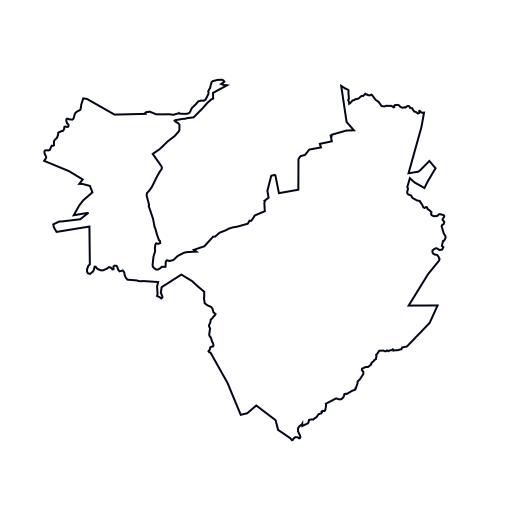 Angel Albino Corzo, Chiapas, Mexico (Albers equal-area conic projection), rotated 169°
{"feature_id": "50627088B21044766508397", "entity_name": "Angel Albino Corzo", "entity_type": "district", "adm_level": 2, "iso_a3": "MEX", "parent_name": "Mexico", "parent_adm1": "Chiapas", "projection": "albers", "projection_center": [-92.692, 15.759], "detail": "fine", "context": "isolated", "style": "outline", "palette": "ink", "viewbox_px": 512, "rotation_deg": 169, "n_neighbors": 0, "source": "geoboundaries", "source_scale": "gbopen_adm2", "svg_char_len": 6027}
<svg xmlns="http://www.w3.org/2000/svg" viewBox="0 0 512 512"><g transform="rotate(169 256 256)"><path d="M308.2,136.9L301.3,103.0L294.6,103.3L284.3,109.2L268.1,91.1L267.5,81.1L257.3,70.8L255.8,68.3L254.7,68.6L254.1,69.5L251.8,70.7L249.4,69.9L248.6,68.8L247.6,68.8L247.0,69.8L247.1,71.6L248.2,75.8L247.7,78.8L245.7,80.7L243.1,81.9L242.6,82.5L243.0,80.3L236.8,81.9L236.1,82.9L235.3,84.9L232.7,85.0L231.0,84.5L229.3,85.6L227.6,86.1L224.5,88.9L222.3,89.0L221.4,89.5L221.1,90.0L221.3,90.8L220.1,91.3L218.3,90.7L217.5,91.4L215.7,95.9L215.7,97.6L215.2,97.8L204.6,100.9L201.4,99.3L199.6,99.2L198.2,99.9L197.1,100.8L195.7,102.9L195.7,103.4L195.2,103.6L193.9,103.7L193.3,103.2L187.5,105.3L184.2,105.8L183.7,106.4L183.8,107.1L183.1,107.3L180.7,111.5L180.1,113.5L177.8,114.9L173.2,119.6L172.7,121.8L173.9,123.7L173.4,125.1L169.7,126.1L167.1,125.7L163.9,127.4L164.0,127.7L162.6,129.3L160.6,130.3L160.0,131.1L157.8,132.0L157.6,133.2L156.9,134.4L156.9,136.1L155.9,136.7L153.0,139.5L148.8,138.8L148.1,138.1L146.8,137.7L145.4,138.3L144.3,137.3L142.6,137.8L140.7,137.7L139.5,138.3L138.9,137.4L139.0,136.9L137.1,136.9L135.3,136.5L131.0,136.8L130.0,138.3L125.1,138.4L98.3,157.2L87.2,172.8L115.6,178.2L90.4,205.5L77.1,216.6L76.4,218.2L76.8,218.7L76.8,220.0L78.0,222.5L80.2,223.3L81.6,224.4L82.1,226.2L81.6,227.9L79.6,228.9L78.1,229.2L77.0,229.0L74.6,226.8L72.0,226.8L70.4,229.0L71.6,230.4L69.9,234.3L69.4,235.2L68.7,235.1L68.0,235.6L66.6,237.4L66.2,239.3L67.4,242.3L68.1,249.6L67.8,250.6L65.8,251.5L64.8,253.0L64.7,253.6L66.0,256.0L65.2,257.3L64.1,258.2L63.6,259.1L63.7,259.8L64.5,260.6L67.6,262.0L68.5,262.0L70.2,260.8L71.9,260.8L74.0,261.2L75.9,262.7L76.1,263.9L75.4,265.6L76.8,267.6L78.5,269.2L79.0,271.4L79.7,271.6L81.3,271.0L82.4,271.8L83.2,275.0L83.8,275.9L84.0,277.1L84.5,277.5L84.8,278.8L87.2,279.7L91.4,283.2L92.3,285.9L94.8,287.3L95.5,288.6L95.5,289.8L93.9,293.1L94.3,294.9L90.1,303.0L86.4,298.0L77.7,290.6L72.9,296.8L63.0,307.9L67.7,316.2L77.9,309.2L80.4,307.8L90.5,308.1L69.0,351.0L63.7,364.7L65.6,364.9L66.4,365.5L67.6,367.3L68.1,367.2L68.4,365.3L69.8,365.0L71.9,367.1L73.3,367.8L74.6,371.3L76.5,372.0L76.8,373.4L77.7,374.1L79.1,374.2L81.0,373.2L81.8,373.7L83.8,373.5L85.8,374.8L87.0,376.7L88.1,377.3L90.9,377.6L91.7,377.0L91.8,375.8L92.4,375.6L94.4,377.5L99.6,378.6L101.2,378.3L103.4,378.9L104.2,379.4L106.2,383.8L108.8,386.5L111.4,391.9L112.1,392.4L113.7,391.9L115.5,392.6L116.1,393.4L116.9,393.4L117.7,394.4L120.4,392.6L121.8,393.0L125.6,390.9L128.5,391.0L129.7,390.3L131.5,390.3L134.4,388.1L135.5,387.7L135.3,389.3L135.8,391.5L134.8,392.7L134.1,398.8L133.6,401.0L133.9,401.6L136.3,403.3L139.9,406.7L141.5,370.3L135.9,360.7L143.4,361.9L158.5,360.6L158.9,359.3L159.7,359.7L159.7,354.1L171.9,353.9L171.5,350.2L183.4,350.3L188.5,345.9L193.2,345.5L195.8,343.1L201.8,313.0L221.5,313.3L221.6,331.4L222.1,332.0L225.7,331.9L232.4,317.8L232.5,310.8L237.1,308.6L236.8,308.2L237.7,306.4L238.8,298.3L249.5,296.0L252.6,292.6L254.2,291.4L255.6,291.9L257.9,289.3L268.3,288.4L273.4,288.5L277.3,288.1L280.8,287.0L287.4,285.8L292.3,282.9L294.5,283.1L304.8,275.4L315.8,273.9L313.7,271.7L323.1,273.0L326.2,272.9L332.8,271.0L337.9,267.8L342.0,267.6L344.2,268.8L345.6,267.8L346.9,262.7L350.6,263.3L352.9,262.0L355.0,261.4L356.8,261.9L358.4,263.7L359.3,265.1L359.2,267.0L356.7,275.1L354.1,280.1L353.8,282.8L352.8,286.0L352.1,287.0L351.4,287.5L350.1,286.7L349.1,286.6L347.6,287.0L347.4,287.9L347.5,289.2L348.2,290.1L349.1,295.6L349.5,301.5L350.0,304.0L350.0,312.3L351.8,325.6L351.2,326.6L351.8,335.9L351.5,337.5L351.0,338.6L348.0,340.8L345.0,343.7L338.3,352.5L334.9,356.6L332.0,359.4L331.5,360.6L331.7,362.1L337.9,375.9L329.9,379.4L320.9,385.3L312.9,389.3L308.1,393.0L307.1,394.4L306.1,399.6L307.1,401.3L309.3,403.1L310.1,404.3L309.5,404.7L301.9,404.6L299.4,404.2L297.8,404.5L290.8,404.0L280.2,411.2L274.5,415.6L270.1,418.2L268.0,418.7L267.1,424.3L251.8,429.1L253.1,429.6L254.2,429.6L257.4,431.5L253.8,433.1L254.3,434.3L255.4,435.4L260.0,436.2L265.2,435.9L266.5,435.0L269.1,429.6L271.4,427.0L271.4,425.6L271.9,424.0L275.8,419.0L277.5,418.4L280.0,419.0L283.2,418.8L286.0,416.5L290.7,413.5L293.8,409.4L295.6,408.8L298.4,409.0L303.5,410.2L304.4,411.1L304.8,410.8L310.3,410.4L313.8,411.6L326.9,414.1L333.0,418.1L334.4,417.8L335.5,418.2L336.5,418.1L337.4,417.6L337.3,416.6L367.9,421.8L391.9,442.4L395.5,443.7L398.6,438.0L400.0,434.0L400.8,432.9L404.3,431.9L405.9,430.9L406.7,430.0L409.0,425.6L410.3,424.9L413.2,425.8L414.4,426.6L415.6,426.8L416.1,426.3L416.4,424.5L416.1,422.3L415.0,420.6L415.1,419.7L415.6,418.8L417.0,418.7L418.4,419.5L419.4,419.4L420.1,417.4L421.0,416.2L421.9,415.6L423.2,415.8L424.4,415.2L426.0,415.1L426.7,414.7L427.0,413.1L428.7,410.1L431.3,408.4L432.5,407.1L433.2,403.2L434.5,402.9L435.5,403.2L436.8,401.6L438.0,399.6L439.3,399.2L441.9,399.9L443.1,399.7L443.7,399.0L444.0,397.3L443.1,393.3L443.2,392.5L445.8,389.8L423.4,375.0L411.5,364.2L415.7,360.5L412.5,359.8L405.7,356.5L404.4,349.7L415.0,343.6L419.9,339.3L427.1,330.8L412.2,330.4L421.5,325.6L439.3,326.9L442.7,327.4L449.0,325.7L448.9,322.6L447.2,317.7L413.9,316.7L420.7,279.5L422.5,278.3L424.4,275.2L424.8,272.7L424.3,271.2L423.7,270.7L422.4,270.1L419.2,271.7L418.2,272.8L416.4,276.3L415.5,276.1L414.5,274.1L413.3,273.0L411.2,271.6L409.0,271.1L404.8,272.0L402.6,273.1L400.8,272.4L399.5,270.3L398.8,270.1L398.4,270.2L397.9,272.9L396.6,273.5L395.5,273.3L394.4,272.4L393.9,268.9L392.9,267.0L389.5,267.2L388.5,265.1L388.5,261.6L387.8,259.2L386.7,257.3L378.1,254.9L375.7,253.7L373.9,253.2L371.3,252.9L357.0,249.1L358.9,245.0L359.9,237.3L360.8,235.7L358.2,233.7L357.1,232.4L356.2,232.8L355.6,233.6L356.4,238.1L354.6,243.4L332.8,252.0L323.4,243.4L319.6,238.1L313.6,230.7L314.8,225.2L315.1,225.0L315.4,219.4L313.1,216.9L309.6,214.4L308.7,212.0L308.6,209.0L306.8,206.7L307.7,205.6L309.5,204.5L310.7,203.2L312.6,202.2L313.3,199.9L315.4,196.8L315.5,195.9L314.9,193.7L317.0,187.6L316.7,185.8L315.9,184.7L315.3,179.7L314.8,178.4L314.8,176.3L315.5,175.4L317.0,175.5L318.2,175.1L319.3,172.9L320.8,171.6L320.3,170.5L319.1,169.8L308.2,136.9Z" fill="none" stroke="#020617" stroke-width="2"/></g></svg>